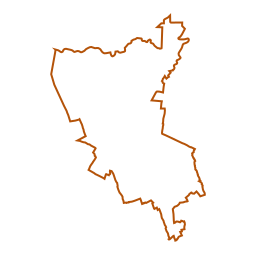 Popricani, Iasi, Romania (Albers equal-area conic projection)
{"feature_id": "2599482B80452302605410", "entity_name": "Popricani", "entity_type": "district", "adm_level": 2, "iso_a3": "ROU", "parent_name": "Romania", "parent_adm1": "Iasi", "projection": "albers", "projection_center": [27.54, 47.269], "detail": "fine", "context": "isolated", "style": "outline", "palette": "amber", "viewbox_px": 256, "rotation_deg": 0, "n_neighbors": 0, "source": "geoboundaries", "source_scale": "gbopen_adm2", "svg_char_len": 5783}
<svg xmlns="http://www.w3.org/2000/svg" viewBox="0 0 256 256"><path d="M194.9,149.0L191.1,147.2L190.9,147.3L189.3,146.7L187.1,145.3L184.3,143.9L182.4,143.2L165.7,135.3L162.2,133.8L162.1,133.6L162.0,132.8L162.3,130.3L162.7,128.4L162.9,126.2L163.3,125.0L163.2,123.6L163.0,123.3L162.8,123.3L163.1,122.0L163.3,118.8L164.6,113.8L164.7,113.0L164.9,110.5L164.7,108.5L160.9,108.5L161.4,103.2L161.8,101.3L151.6,100.4L156.0,92.3L157.0,91.5L159.1,91.6L160.6,91.9L163.0,92.5L163.7,86.4L164.2,83.6L163.2,83.2L162.9,82.8L162.7,82.6L162.5,81.6L162.3,81.2L162.0,81.0L162.6,80.0L162.9,78.7L163.3,78.4L163.7,77.9L164.8,76.0L166.4,78.6L168.2,77.1L168.9,76.8L168.2,75.4L170.6,72.7L169.3,71.1L172.8,70.4L172.8,69.9L173.5,69.6L173.8,69.4L174.2,68.8L174.5,67.8L174.1,66.7L173.9,65.8L174.1,65.2L174.5,64.8L176.6,63.9L177.0,63.5L177.1,63.2L177.2,62.8L176.6,61.3L176.7,60.6L177.0,60.2L178.5,59.6L179.7,58.8L180.4,58.1L180.5,57.9L180.5,57.5L180.3,57.2L178.8,55.1L178.6,53.6L178.7,53.2L179.0,52.5L181.5,48.5L182.1,47.1L182.7,45.0L183.3,44.0L183.6,43.8L186.3,42.8L187.2,42.3L188.1,41.6L188.7,40.5L188.8,39.9L188.7,39.2L188.3,38.7L187.7,38.5L185.1,39.2L183.5,39.4L181.2,39.4L179.6,39.3L178.7,39.0L178.4,38.6L178.5,37.9L178.8,37.6L180.2,36.8L181.1,35.6L182.0,34.3L184.9,28.8L182.1,25.9L182.2,22.5L171.1,22.6L170.7,22.5L170.4,22.2L170.2,21.8L170.1,15.4L167.8,17.6L165.1,19.0L164.2,19.7L163.9,20.3L163.9,23.3L161.4,23.3L157.3,27.1L162.3,27.3L161.6,48.0L161.5,48.3L159.9,48.7L158.9,48.2L157.9,48.2L157.2,47.9L154.6,45.8L153.2,43.8L152.7,43.5L151.1,43.0L150.7,42.5L150.6,42.1L150.8,40.7L150.8,40.3L150.2,39.7L149.6,39.6L148.2,40.5L147.8,40.8L147.7,41.2L147.4,41.7L147.2,42.0L146.8,42.1L145.8,41.7L144.9,41.0L144.3,40.9L143.0,41.0L142.5,40.9L142.2,40.7L141.9,40.2L141.7,38.9L141.5,38.6L141.3,38.5L137.1,38.0L135.4,39.1L133.6,39.6L132.7,40.1L132.2,40.5L131.6,40.7L131.4,41.1L131.5,41.9L131.0,42.9L130.3,43.4L128.5,43.8L128.0,44.2L126.4,46.2L124.8,47.9L125.1,50.1L125.0,51.1L124.7,51.4L123.9,51.8L120.3,52.7L119.3,52.5L118.8,52.2L117.8,51.3L115.5,51.6L115.2,53.6L115.0,54.4L114.2,55.4L113.1,56.1L112.6,56.3L112.1,56.2L111.4,55.6L110.8,54.2L110.4,52.4L106.1,53.2L104.4,53.3L103.8,53.1L102.7,52.4L101.8,51.5L100.5,49.5L99.8,48.9L98.4,48.1L97.1,48.0L95.0,48.2L91.3,47.0L89.9,47.2L88.3,47.9L86.1,49.1L84.4,50.8L82.2,52.0L81.5,52.2L80.8,52.2L79.1,51.3L77.9,51.0L76.7,51.2L75.0,51.8L74.3,51.9L73.6,51.5L72.5,50.5L71.0,49.9L66.0,48.8L64.7,49.0L63.9,49.5L63.6,49.8L62.9,51.1L62.6,51.7L61.8,52.1L61.1,52.1L60.2,51.6L58.9,50.7L58.2,50.3L55.3,49.5L55.5,49.7L55.2,52.2L51.2,74.2L54.3,84.7L64.0,105.8L66.6,110.9L67.3,113.0L67.9,114.3L68.3,115.3L70.2,121.4L75.3,120.6L79.0,119.6L79.5,119.2L80.5,121.5L81.0,122.5L81.2,123.1L81.8,124.2L82.6,126.7L82.8,127.8L83.5,129.5L83.9,131.6L85.3,135.3L85.7,136.1L77.5,140.5L80.3,141.0L81.2,141.5L83.3,142.2L85.3,142.5L88.0,144.2L89.4,144.4L89.8,144.6L90.9,145.5L95.0,147.7L95.5,148.1L95.6,148.4L93.1,152.5L93.9,153.4L94.2,153.6L94.6,154.2L94.7,155.8L95.0,156.2L95.4,156.3L95.9,157.5L94.6,159.7L93.4,161.4L93.0,161.9L92.9,162.3L91.1,164.8L90.2,166.2L89.0,169.2L88.6,169.9L94.3,173.2L95.5,174.2L96.3,174.5L99.4,176.0L103.3,178.0L104.5,178.8L105.9,174.4L106.1,174.4L106.3,174.2L108.8,175.2L109.0,174.6L109.5,174.5L110.0,174.1L110.2,173.7L110.2,173.4L109.9,171.4L110.0,170.7L111.6,171.1L113.2,173.6L113.9,175.5L115.4,180.1L116.1,181.5L116.5,182.2L117.2,183.0L117.2,183.3L117.6,185.5L117.6,186.6L117.4,186.8L118.3,189.6L119.6,192.7L120.1,193.2L121.9,195.6L122.5,196.7L122.7,199.1L123.4,200.6L123.8,202.9L125.3,202.6L126.5,202.9L126.7,202.6L128.7,202.5L128.9,202.4L128.9,202.0L131.6,201.7L132.7,201.4L134.8,200.7L140.2,198.6L140.8,200.0L142.1,204.0L144.0,203.3L143.8,203.0L144.5,202.8L145.5,202.5L146.2,202.9L151.0,200.4L153.2,202.7L152.3,203.4L154.0,208.4L154.4,208.9L156.8,207.6L157.7,210.0L159.2,209.1L159.7,210.2L161.2,214.3L161.6,216.9L161.9,218.1L163.5,220.7L163.9,222.4L164.3,223.4L164.8,225.0L165.6,226.1L166.1,227.2L165.9,227.4L165.6,228.6L165.9,229.1L166.4,230.8L167.0,231.8L167.9,233.3L168.3,235.0L168.3,235.4L168.4,235.8L168.9,236.8L169.4,238.8L169.2,239.3L168.9,239.4L169.0,239.5L169.8,239.2L173.4,235.9L173.7,235.8L174.5,238.6L175.1,239.4L175.3,240.6L175.8,240.5L176.8,239.8L177.2,239.3L177.2,238.9L177.8,238.5L178.3,237.4L178.8,236.8L179.3,236.5L181.9,235.5L180.2,231.9L181.9,231.4L181.9,231.1L181.5,229.8L184.5,229.2L184.3,227.8L184.3,227.3L184.5,225.8L184.8,225.0L184.9,224.4L184.7,222.7L184.2,221.4L183.5,221.7L182.7,221.1L181.6,220.8L181.6,221.0L181.3,221.2L181.1,221.3L180.9,221.2L180.5,221.6L180.3,222.2L180.0,222.3L177.9,221.6L176.6,221.5L176.2,221.6L175.2,222.6L174.1,223.0L173.8,220.6L173.5,214.1L172.8,209.1L174.6,206.8L176.8,206.0L177.6,205.5L179.1,204.1L179.8,202.7L183.1,202.4L185.4,201.6L187.2,201.4L187.6,201.2L187.1,199.7L186.5,198.7L185.8,197.7L188.4,195.5L189.0,194.9L189.3,194.1L191.3,192.5L191.6,192.6L191.9,193.1L192.2,193.4L194.1,193.7L196.5,191.5L198.9,194.3L200.3,196.3L204.8,194.8L204.7,193.2L204.3,192.3L203.4,190.8L202.8,189.0L202.7,187.9L202.5,187.3L202.4,186.6L202.4,186.4L202.6,186.2L202.7,185.8L202.4,185.1L201.8,184.5L201.7,184.2L201.9,183.8L201.9,183.4L201.5,182.9L201.2,182.4L199.1,181.2L200.0,180.7L199.7,180.5L199.8,180.2L199.5,179.7L199.5,179.4L199.7,179.2L199.1,177.5L198.2,176.1L197.9,175.3L197.9,174.7L197.7,174.6L197.5,173.4L196.9,171.9L196.9,171.3L196.2,170.1L195.7,169.9L195.3,169.3L195.3,167.6L194.9,166.7L195.0,165.7L194.7,165.2L194.7,164.7L194.5,164.1L194.5,162.7L194.4,162.2L194.7,161.4L195.2,161.0L194.9,160.1L194.6,159.9L194.6,159.6L194.4,159.2L194.1,159.1L193.7,158.5L193.8,158.2L193.6,157.9L193.3,157.7L192.5,155.9L192.2,155.4L192.4,154.9L192.4,154.2L192.4,153.9L192.1,153.7L192.1,153.4L192.6,152.9L193.7,152.2L193.6,151.4L193.9,150.8L193.9,150.2L194.0,150.0L194.5,149.8L194.9,149.0Z" fill="none" stroke="#b45309" stroke-width="2"/></svg>